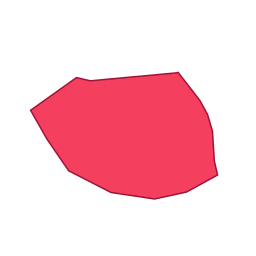 Asunción, Robinson projection, rotated 105°
{"feature_id": "PRY-4837", "entity_name": "Asunción", "entity_type": "Capital District", "adm_level": 1, "iso_a3": "PRY", "parent_name": "Paraguay", "parent_adm1": "", "projection": "robinson", "projection_center": [-57.605, -25.319], "detail": "fine", "context": "isolated", "style": "filled", "palette": "rose", "viewbox_px": 256, "rotation_deg": 105, "n_neighbors": 0, "source": "natural_earth", "source_scale": "10m", "svg_char_len": 348}
<svg xmlns="http://www.w3.org/2000/svg" viewBox="0 0 256 256"><g transform="rotate(105 128 128)"><path d="M136.1,226.7L92.6,190.8L92.2,176.7L61.8,94.4L61.3,94.0L82.9,65.6L94.3,54.7L109.2,45.6L137.7,36.0L150.2,29.3L174.7,54.9L189.7,84.0L194.7,127.7L184.7,174.2L159.7,203.4L136.1,226.7Z" fill="#f43f5e" stroke="#9f1239" stroke-width="1.5"/></g></svg>